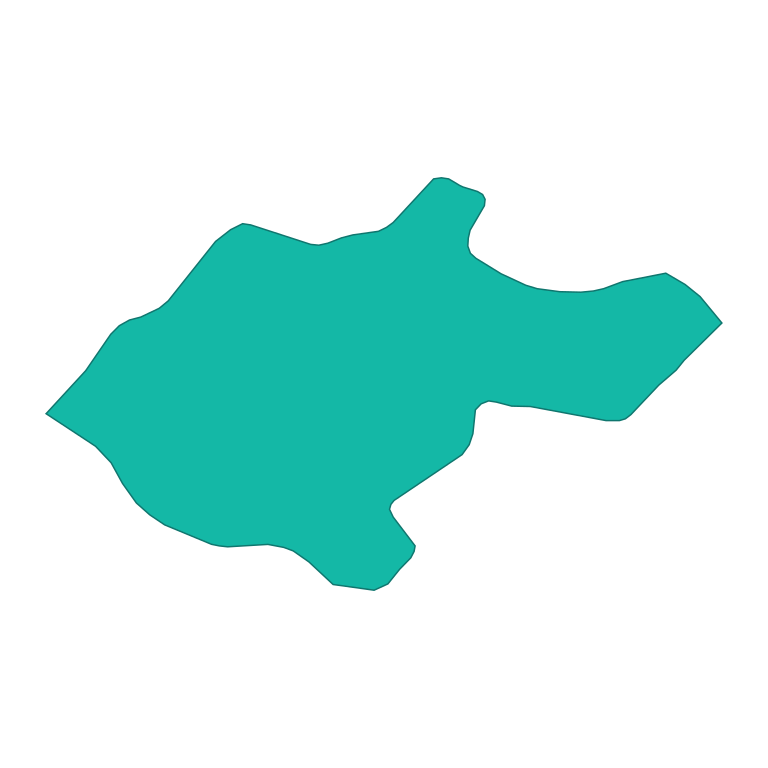 map outline of Nairobi (Mercator projection)
{"feature_id": "KEN-1196", "entity_name": "Nairobi", "entity_type": "National Capital Area", "adm_level": 1, "iso_a3": "KEN", "parent_name": "Kenya", "parent_adm1": "", "projection": "mercator", "projection_center": [36.917, -1.278], "detail": "fine", "context": "isolated", "style": "filled", "palette": "teal", "viewbox_px": 768, "rotation_deg": 0, "n_neighbors": 0, "source": "natural_earth", "source_scale": "10m", "svg_char_len": 1173}
<svg xmlns="http://www.w3.org/2000/svg" viewBox="0 0 768 768"><path d="M721.9,323.0L684.2,360.2L676.1,370.2L658.9,385.0L630.9,414.6L625.4,418.8L619.4,420.6L606.1,420.6L530.3,406.5L511.7,406.1L496.4,402.1L488.6,400.9L481.2,403.8L475.4,409.8L472.9,433.7L469.2,444.7L462.1,454.6L394.1,500.4L390.9,504.4L389.5,509.3L393.2,517.1L415.1,545.9L414.1,551.4L410.8,557.8L399.6,569.3L387.9,583.9L374.1,590.2L333.1,584.5L308.9,561.9L293.2,550.9L283.8,547.4L267.9,544.4L227.6,546.8L219.3,545.9L211.5,544.3L164.7,524.9L149.7,514.8L136.4,503.0L122.6,483.6L111.1,462.7L95.6,446.3L46.1,413.7L85.7,370.7L110.8,334.2L119.3,325.7L129.5,320.0L140.7,317.1L159.2,308.3L168.2,300.9L215.6,241.4L230.6,229.7L242.6,223.7L250.7,224.9L310.7,244.4L318.8,245.2L327.8,243.2L341.4,237.9L352.9,234.9L378.5,231.3L386.5,227.4L393.2,222.5L433.6,178.9L441.4,177.8L448.7,178.9L459.6,185.4L463.0,187.0L477.5,191.5L482.6,194.5L485.1,199.3L484.4,205.7L470.1,230.2L468.3,238.1L467.8,246.1L470.4,253.3L475.9,258.3L501.1,273.8L525.9,285.3L537.2,288.7L559.7,291.7L580.9,292.2L593.4,291.0L603.6,288.7L622.7,281.6L665.8,273.2L685.1,284.5L700.1,296.6L721.9,323.0Z" fill="#14b8a6" stroke="#0f766e" stroke-width="1.5"/></svg>